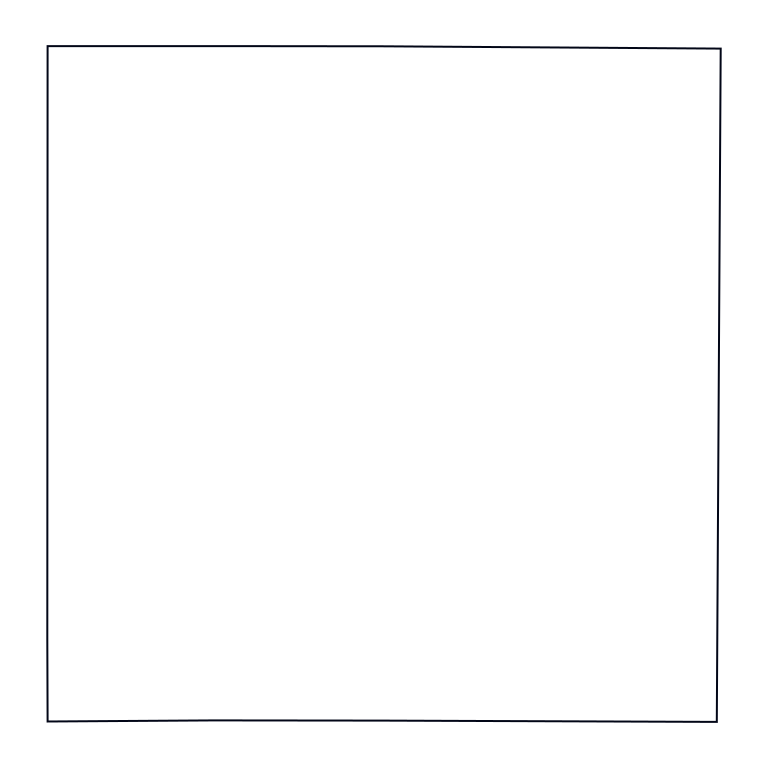 the district of Cerro Gordo, Iowa, United States of America, rotated 180°
{"feature_id": "52423323B72245679426009", "entity_name": "Cerro Gordo", "entity_type": "district", "adm_level": 2, "iso_a3": "USA", "parent_name": "United States of America", "parent_adm1": "Iowa", "projection": "orthographic", "projection_center": [-93.19, 43.082], "detail": "fine", "context": "isolated", "style": "outline", "palette": "ink", "viewbox_px": 768, "rotation_deg": 180, "n_neighbors": 0, "source": "geoboundaries", "source_scale": "gbopen_adm2", "svg_char_len": 279}
<svg xmlns="http://www.w3.org/2000/svg" viewBox="0 0 768 768"><g transform="rotate(180 384 384)"><path d="M720.4,46.5L554.5,47.6L386.5,47.4L51.2,46.1L47.3,719.4L383.8,721.7L552.6,721.9L720.4,721.9L720.7,129.4L720.4,46.5Z" fill="none" stroke="#020617" stroke-width="2"/></g></svg>